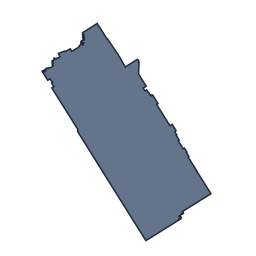 the district of Koorda, Western Australia, Australia, rotated 148°
{"feature_id": "25037944B75420720277181", "entity_name": "Koorda", "entity_type": "district", "adm_level": 2, "iso_a3": "AUS", "parent_name": "Australia", "parent_adm1": "Western Australia", "projection": "mercator", "projection_center": [117.388, -30.604], "detail": "fine", "context": "isolated", "style": "filled", "palette": "slate", "viewbox_px": 256, "rotation_deg": 148, "n_neighbors": 0, "source": "geoboundaries", "source_scale": "gbopen_adm2", "svg_char_len": 4430}
<svg xmlns="http://www.w3.org/2000/svg" viewBox="0 0 256 256"><g transform="rotate(148 128 128)"><path d="M91.0,90.5L91.0,96.1L90.3,96.2L90.4,99.8L89.5,100.0L88.6,100.3L88.6,107.7L91.2,107.7L91.2,132.8L89.6,132.8L89.6,142.9L90.9,142.9L90.9,143.9L91.7,143.9L91.7,145.6L91.7,147.0L91.8,147.1L91.9,147.3L91.9,147.5L91.9,150.4L94.0,150.4L94.0,153.8L90.4,153.8L90.4,168.2L83.6,178.3L83.5,178.6L83.4,178.7L83.4,181.0L83.5,181.2L83.6,181.3L92.6,181.2L97.9,181.2L97.9,185.1L97.7,185.6L97.8,187.7L97.7,188.2L97.5,189.2L97.5,197.2L98.2,214.3L98.1,214.5L98.6,214.7L98.6,223.4L98.7,228.8L98.8,228.8L98.8,229.9L98.8,232.1L98.7,233.0L116.1,232.9L116.3,231.6L117.0,231.3L117.1,231.0L117.1,230.7L117.2,230.8L117.3,230.9L117.4,230.7L117.1,230.5L117.0,230.4L116.9,230.3L116.6,230.4L116.4,230.3L116.3,230.2L116.5,230.1L116.9,230.0L117.0,230.0L117.0,229.9L116.7,229.6L116.7,229.3L116.8,229.2L117.0,229.2L117.1,229.4L117.3,229.4L117.6,229.3L117.8,229.4L117.9,229.5L118.0,229.5L118.2,229.3L118.1,229.2L117.4,228.8L117.3,228.7L117.5,228.3L118.0,228.3L118.2,228.5L118.3,228.5L118.5,228.4L118.4,228.1L118.0,228.0L117.9,227.8L117.8,227.7L117.8,227.8L117.6,227.9L117.4,227.9L117.3,227.7L117.7,227.5L117.8,227.3L118.0,227.3L118.4,227.5L118.5,227.6L118.6,227.4L118.4,227.2L118.0,226.9L117.9,226.7L118.0,226.5L118.2,226.4L118.4,226.4L118.5,226.4L118.6,226.6L118.8,226.7L118.7,226.9L118.8,227.0L118.9,226.9L119.0,226.9L118.9,226.7L118.7,226.4L118.7,226.2L118.8,226.0L119.0,225.9L119.3,225.9L119.7,226.1L120.0,226.1L119.9,226.3L119.9,226.5L120.0,226.5L120.1,226.4L120.4,226.3L120.7,226.4L121.0,226.5L121.3,226.6L121.4,226.4L122.2,226.1L122.4,226.0L122.5,225.8L122.3,225.5L122.3,225.4L122.7,225.1L122.9,225.0L123.0,225.0L123.1,224.9L122.9,224.7L122.7,224.6L122.6,224.4L122.5,224.5L122.4,224.7L122.2,224.6L121.9,224.7L121.7,224.7L121.5,224.4L121.3,224.3L121.3,224.2L121.4,223.7L121.4,223.3L121.3,223.2L121.1,223.3L120.8,223.4L120.7,223.5L120.5,223.4L121.0,223.1L121.9,222.5L122.0,222.3L122.3,222.3L122.3,222.5L122.4,222.8L122.5,222.9L122.4,222.9L122.1,222.9L122.2,223.2L122.3,223.3L122.5,223.3L122.5,223.2L122.6,223.3L122.8,223.4L123.0,223.5L122.8,223.8L122.9,224.0L122.9,223.9L123.0,223.8L123.5,223.9L124.4,223.7L125.5,223.7L126.1,223.2L126.5,222.9L126.8,222.8L127.0,222.7L135.0,222.7L135.0,225.8L140.4,225.9L140.6,226.1L141.0,226.9L143.2,227.2L145.4,227.8L147.5,228.1L147.7,227.0L148.0,224.3L148.3,224.3L148.5,224.3L149.1,224.4L149.5,224.2L151.3,225.0L151.8,225.0L152.1,224.9L152.3,224.7L152.6,225.4L152.6,225.2L153.3,225.7L153.2,226.0L153.3,226.3L153.2,227.0L153.7,226.2L154.4,225.8L154.4,225.4L154.7,225.0L155.2,224.8L156.0,225.2L156.6,225.2L156.8,225.0L156.6,224.7L156.3,224.6L156.5,224.2L156.4,223.9L156.5,223.8L157.0,223.9L157.1,223.4L157.5,223.6L157.4,223.1L157.5,222.9L157.7,222.7L158.1,222.8L158.2,222.6L157.7,222.2L157.9,222.0L158.0,221.9L158.2,222.0L158.5,221.9L158.5,221.7L158.8,221.6L158.7,221.4L158.6,220.6L158.9,220.5L159.4,220.6L159.5,220.5L159.5,220.2L161.4,220.1L162.0,220.3L162.9,220.7L163.2,220.7L163.8,221.2L164.0,221.0L164.3,221.3L164.8,221.4L165.4,221.9L165.7,221.8L166.0,222.0L166.4,221.8L166.2,221.7L166.3,221.4L166.8,221.2L167.1,220.9L167.4,220.2L167.5,220.3L168.0,220.2L168.2,220.3L168.6,220.8L168.3,221.2L168.0,221.1L167.9,221.2L168.4,221.5L169.0,221.5L169.1,221.4L168.8,221.0L169.0,220.9L169.2,221.0L169.3,221.0L169.3,220.6L169.5,220.9L169.4,221.6L170.0,221.8L170.6,221.8L170.8,221.6L170.8,216.8L170.8,213.4L170.8,211.0L168.1,211.0L168.0,206.6L169.0,206.6L169.0,202.4L171.4,202.4L171.3,153.4L172.6,151.8L172.6,70.8L172.5,23.0L131.4,23.0L131.6,23.3L131.8,23.3L132.2,23.6L132.7,23.7L133.0,23.8L132.9,23.9L132.0,23.7L131.9,23.7L131.9,23.8L132.1,23.9L131.9,23.9L131.5,23.6L131.3,23.5L131.1,23.5L130.8,23.5L130.6,23.6L130.4,23.8L130.1,24.0L130.1,24.3L130.2,24.6L130.6,25.0L130.8,25.1L131.1,25.6L130.9,25.7L130.6,25.6L130.4,25.6L130.4,25.8L130.6,25.9L131.1,25.9L131.2,26.0L130.3,26.1L130.1,26.1L130.4,26.2L130.4,26.3L130.2,26.4L129.9,26.2L129.3,26.5L129.1,26.4L128.8,26.5L128.6,26.5L128.4,26.7L128.4,26.4L128.1,26.5L128.1,26.3L127.8,26.2L128.1,26.5L128.0,26.8L127.9,26.8L127.8,26.6L127.7,26.2L127.4,26.0L127.2,26.0L126.7,26.2L126.1,26.6L126.0,26.9L125.9,27.1L126.1,27.4L126.1,27.7L126.2,27.9L126.2,28.2L125.1,28.2L125.1,28.3L118.7,28.3L92.5,28.3L92.5,34.2L92.5,47.8L92.5,49.5L92.7,55.3L92.4,55.3L92.4,71.5L91.5,71.5L91.5,76.3L90.8,76.3L90.8,81.1L92.2,81.1L92.2,90.5L91.0,90.5Z" fill="#64748b" stroke="#1e293b" stroke-width="1.5"/></g></svg>